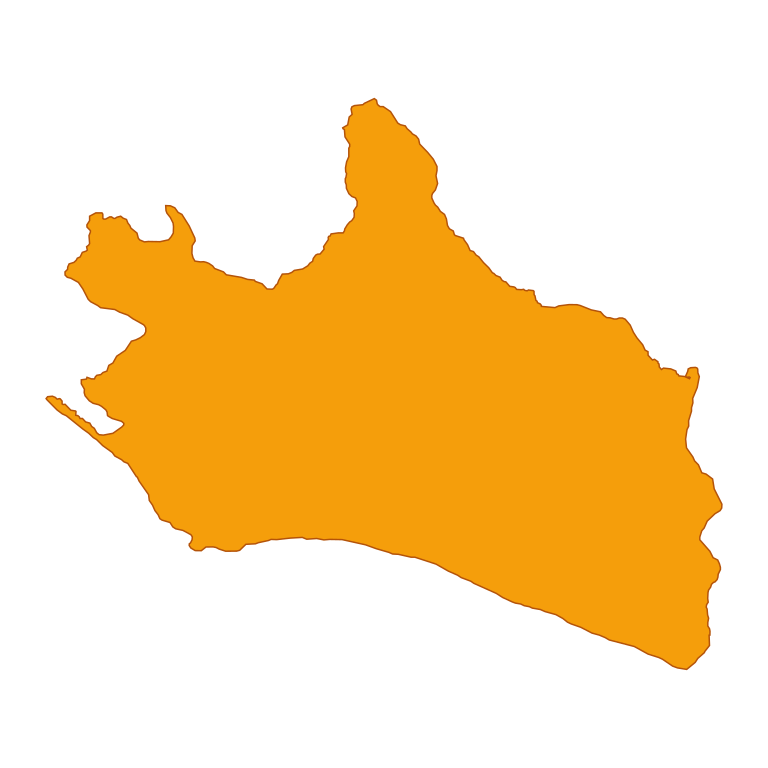 Puerto Jimenez, Puntarenas, Costa Rica
{"feature_id": "36466004B12090025276311", "entity_name": "Puerto Jimenez", "entity_type": "district", "adm_level": 2, "iso_a3": "CRI", "parent_name": "Costa Rica", "parent_adm1": "Puntarenas", "projection": "albers", "projection_center": [-83.47, 8.533], "detail": "fine", "context": "isolated", "style": "filled", "palette": "amber", "viewbox_px": 768, "rotation_deg": 0, "n_neighbors": 0, "source": "geoboundaries", "source_scale": "gbopen_adm2", "svg_char_len": 6041}
<svg xmlns="http://www.w3.org/2000/svg" viewBox="0 0 768 768"><path d="M47.6,396.7L46.1,398.6L47.0,399.8L57.0,409.9L62.3,413.9L66.3,415.7L83.2,429.3L88.7,433.2L93.3,437.6L96.6,439.6L102.7,445.6L112.3,452.5L114.8,456.0L121.6,459.7L123.9,461.8L127.8,463.4L136.4,476.6L137.3,477.1L139.1,481.1L148.6,494.7L149.3,500.5L152.5,505.1L155.0,510.7L158.1,514.7L159.9,518.7L162.0,520.1L170.0,522.5L172.8,526.9L175.7,528.8L182.9,530.4L190.9,534.7L192.3,536.8L192.1,539.7L190.5,542.9L189.3,543.8L189.2,545.5L190.8,548.0L195.2,550.6L201.3,550.7L206.0,547.0L213.1,546.9L216.1,547.5L219.2,549.1L225.6,551.2L236.7,551.1L239.7,550.3L245.9,544.3L255.5,543.8L258.3,542.7L268.5,540.5L271.0,539.4L276.7,539.6L290.1,538.1L302.3,537.4L306.7,539.2L316.7,538.5L323.9,539.9L329.8,539.4L342.1,539.6L365.5,544.8L376.3,548.7L389.0,552.4L392.6,554.0L398.3,554.3L411.1,557.2L414.9,557.2L436.0,564.1L448.5,571.2L457.6,575.2L461.2,577.6L470.8,581.2L473.8,583.3L496.1,593.3L502.7,597.5L512.2,601.9L515.4,603.1L520.7,604.0L524.2,605.7L529.4,606.7L532.3,608.1L540.3,609.5L545.1,611.6L555.9,614.6L562.9,618.5L567.4,622.1L571.1,623.9L580.8,627.3L592.0,633.1L599.3,635.1L605.2,637.6L609.3,640.0L634.3,646.5L648.1,654.1L658.8,657.5L662.6,659.3L672.6,666.1L677.5,667.9L686.7,669.4L695.2,662.4L697.8,658.4L704.4,652.6L704.7,651.6L709.5,645.5L709.1,635.2L709.9,635.1L710.0,631.2L709.5,628.7L707.8,626.0L707.8,622.4L708.6,618.2L707.6,615.0L707.1,609.0L706.2,607.1L706.6,604.7L708.2,602.2L707.7,598.5L708.0,592.5L708.6,590.0L710.6,587.2L711.5,584.3L713.5,582.4L715.0,581.9L717.1,579.6L717.9,577.2L718.2,574.2L720.4,569.6L720.4,567.3L719.4,563.7L717.7,560.0L713.1,557.7L709.9,551.3L699.8,539.8L699.8,537.0L701.8,530.7L704.1,528.1L707.2,521.1L715.0,513.7L720.1,510.6L721.7,508.1L721.9,504.2L714.2,488.9L712.6,479.0L706.1,474.1L701.8,472.8L698.4,464.8L694.6,460.9L692.9,457.0L686.5,447.9L685.6,439.1L687.0,429.6L688.7,426.1L688.6,420.7L691.5,411.1L691.5,407.7L692.9,402.9L692.7,398.4L697.2,387.6L699.3,376.6L697.9,372.9L697.7,369.0L696.9,367.9L695.4,367.4L690.7,367.7L688.2,368.9L687.7,371.4L685.6,376.2L686.6,377.3L689.3,377.0L690.1,377.5L689.5,378.7L684.6,376.5L678.9,375.9L678.2,374.5L676.7,373.8L675.8,371.0L670.8,368.9L663.5,368.1L661.4,369.5L659.3,367.0L659.0,364.0L658.0,363.0L657.9,361.7L654.5,359.3L652.4,360.0L648.1,355.3L648.0,351.7L645.1,350.1L642.7,344.8L636.9,337.8L633.4,332.3L630.2,325.1L625.2,319.2L622.4,318.0L619.3,318.0L616.6,319.0L614.0,319.0L610.1,317.8L606.7,317.6L603.8,315.5L600.5,311.8L591.3,309.9L580.2,305.5L577.0,304.7L569.1,304.6L558.8,305.9L555.0,307.6L541.4,306.4L541.3,305.3L540.2,303.9L537.5,302.7L537.0,301.1L535.9,300.4L535.0,295.9L534.1,294.7L534.0,291.3L533.2,290.6L528.4,290.0L527.4,290.7L526.2,290.7L524.6,290.3L523.7,289.3L521.3,289.7L516.6,289.4L515.3,287.6L513.9,286.9L509.7,286.3L505.9,281.9L503.9,281.5L502.0,280.2L500.1,277.2L495.9,275.5L493.8,273.4L492.4,272.8L488.8,267.8L483.5,262.6L478.8,256.8L476.1,255.1L473.5,251.6L470.1,250.5L467.5,244.6L464.0,239.8L463.5,238.2L455.2,235.5L454.3,234.5L453.3,231.0L449.4,228.8L447.5,225.5L446.4,218.9L444.5,214.4L440.4,211.4L437.7,207.1L435.4,205.1L434.0,202.9L431.8,198.0L431.8,195.5L432.5,193.5L435.4,189.9L437.6,183.5L436.0,175.8L437.0,170.5L437.0,166.5L433.3,159.2L427.6,152.3L419.7,144.1L418.6,139.2L416.1,136.0L412.4,133.9L410.8,131.9L407.1,128.7L405.3,125.9L400.4,124.7L397.8,123.1L390.5,111.6L383.2,106.6L380.1,106.6L378.2,105.2L377.2,103.8L376.5,100.2L374.3,98.6L364.4,103.3L362.9,104.7L354.4,105.6L351.9,106.8L351.1,109.0L352.1,114.4L349.2,117.0L347.7,124.9L342.7,127.8L343.0,128.7L344.4,129.5L345.0,136.9L349.7,144.2L349.7,146.5L348.8,148.2L348.8,156.7L346.6,161.8L345.5,167.9L345.7,171.8L346.6,173.6L345.9,177.5L345.3,178.6L345.3,182.1L346.3,184.8L346.4,188.3L348.9,193.7L351.9,196.5L355.5,197.9L357.2,201.5L357.0,205.9L353.7,210.8L354.3,213.5L354.1,217.3L351.7,220.7L349.7,222.0L347.3,224.8L344.8,228.9L344.4,231.0L343.1,232.9L338.2,232.9L331.1,233.9L330.1,236.0L328.7,236.4L328.2,237.4L328.4,239.5L323.6,246.6L324.1,249.2L320.1,254.0L317.4,254.2L315.7,255.1L313.3,258.4L312.6,261.3L309.8,263.2L307.8,265.8L302.6,269.0L294.3,270.4L291.8,272.4L288.4,273.8L282.3,274.1L278.7,280.4L277.5,283.8L276.2,284.8L273.9,288.2L272.4,289.2L267.0,289.0L262.1,283.8L255.3,281.4L254.4,280.1L247.6,279.4L241.5,277.4L226.3,274.8L223.5,271.9L214.6,268.5L212.6,265.9L208.9,263.4L206.1,262.3L203.6,261.7L200.5,261.9L194.9,261.1L193.0,257.7L191.9,253.4L192.2,245.7L195.2,240.9L194.8,238.0L189.2,226.0L181.9,214.4L178.1,212.4L174.8,207.8L170.4,205.8L165.7,205.6L166.0,210.6L166.9,213.1L170.4,217.6L173.1,223.1L173.5,226.5L173.3,233.1L171.2,236.7L168.6,239.8L160.0,241.7L148.3,241.5L144.4,241.9L139.7,239.9L138.3,238.2L137.0,233.1L130.9,228.1L129.8,225.5L127.9,223.1L126.5,219.5L123.2,218.2L120.7,216.2L116.9,217.2L115.1,218.4L113.8,218.4L111.5,216.9L109.7,216.9L105.6,219.1L103.8,219.1L102.9,218.5L102.8,214.1L102.0,212.9L95.8,212.9L89.6,216.2L89.6,220.6L86.9,224.9L87.0,227.1L90.4,230.6L90.4,232.1L89.0,235.6L89.6,243.6L88.6,245.2L86.6,246.7L87.3,250.1L86.1,251.1L82.3,252.4L80.2,256.9L77.3,258.2L76.2,260.3L73.9,262.4L69.1,263.9L67.7,267.1L67.6,269.3L65.0,271.9L65.1,275.1L67.3,277.3L70.8,278.2L78.4,282.4L82.9,289.0L88.2,299.3L90.6,301.7L97.7,305.5L100.6,307.7L114.8,309.5L119.7,312.2L127.8,315.1L132.8,318.7L143.2,324.5L144.4,325.5L145.8,328.0L145.8,331.6L144.4,334.6L140.3,337.7L135.8,339.9L131.4,341.2L125.3,350.4L116.7,356.2L112.9,363.0L108.8,365.4L106.9,371.1L103.0,372.5L100.8,374.6L96.8,375.3L95.3,376.9L94.5,378.9L91.4,378.9L87.0,377.3L86.4,379.1L81.3,379.8L81.3,383.8L84.4,389.2L84.2,392.7L85.1,395.8L89.3,400.8L93.1,403.3L98.6,404.7L101.5,406.3L105.9,409.9L107.1,412.1L107.5,415.5L108.1,416.1L112.2,418.5L121.5,421.3L123.8,423.3L123.7,425.0L121.8,427.0L112.9,433.3L103.3,435.1L99.1,434.7L96.7,432.7L94.3,428.3L91.7,426.5L89.8,423.1L85.6,421.9L82.5,418.5L80.0,418.5L79.3,416.9L77.8,415.6L75.7,415.3L76.0,411.5L75.6,411.0L70.8,410.2L65.1,404.3L63.1,404.5L62.1,403.9L62.1,401.1L60.3,398.9L59.3,398.6L57.2,399.2L55.3,397.4L52.4,396.2L47.6,396.7Z" fill="#f59e0b" stroke="#b45309" stroke-width="1.5"/></svg>